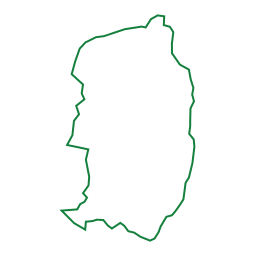 Fazenda Vilanova, Rio Grande do Sul, Brazil
{"feature_id": "56859067B8921969291508", "entity_name": "Fazenda Vilanova", "entity_type": "district", "adm_level": 2, "iso_a3": "BRA", "parent_name": "Brazil", "parent_adm1": "Rio Grande do Sul", "projection": "equal_earth", "projection_center": [-51.841, -29.589], "detail": "fine", "context": "isolated", "style": "outline", "palette": "green", "viewbox_px": 256, "rotation_deg": 0, "n_neighbors": 0, "source": "geoboundaries", "source_scale": "gbopen_adm2", "svg_char_len": 960}
<svg xmlns="http://www.w3.org/2000/svg" viewBox="0 0 256 256"><path d="M85.2,229.6L85.9,221.7L92.3,221.1L96.9,219.7L103.3,220.0L107.8,225.5L111.9,228.5L120.3,222.9L124.3,225.8L128.3,231.2L134.2,232.6L140.3,236.7L150.0,240.6L154.5,238.6L158.5,232.3L160.7,226.4L166.4,216.8L171.9,215.3L175.4,211.2L180.0,204.7L183.4,199.4L185.6,182.8L188.9,177.6L192.4,163.2L194.4,146.7L193.7,139.4L189.2,133.8L190.2,126.1L190.2,119.9L190.5,108.4L194.0,101.3L192.2,94.6L193.4,87.9L190.7,79.3L188.9,69.6L179.9,64.6L172.0,53.3L171.9,43.7L173.3,32.1L169.9,26.8L163.8,25.1L164.2,16.3L157.6,15.4L151.0,19.1L145.7,27.4L141.5,26.6L124.8,29.2L103.8,36.2L96.0,37.2L85.5,42.4L79.7,48.6L75.2,61.4L71.7,74.2L83.0,84.5L81.7,93.4L84.4,99.3L76.2,105.8L79.0,114.3L74.0,120.8L72.4,135.2L67.1,145.0L75.5,146.7L88.3,149.4L85.9,159.7L89.2,176.8L88.5,185.5L83.0,193.2L87.0,197.6L84.5,201.8L80.2,204.1L77.2,209.4L61.6,210.6L74.2,223.2L85.2,229.6Z" fill="none" stroke="#15803d" stroke-width="2"/></svg>